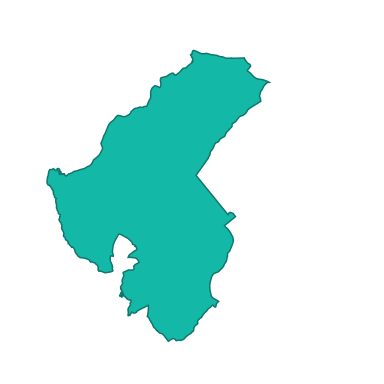 outline of Tuek Chhou, Kâmpôt, Cambodia, rotated 51°
{"feature_id": "14789045B84051189014149", "entity_name": "Tuek Chhou", "entity_type": "district", "adm_level": 2, "iso_a3": "KHM", "parent_name": "Cambodia", "parent_adm1": "Kâmpôt", "projection": "robinson", "projection_center": [104.095, 10.787], "detail": "fine", "context": "isolated", "style": "filled", "palette": "teal", "viewbox_px": 384, "rotation_deg": 51, "n_neighbors": 0, "source": "geoboundaries", "source_scale": "gbopen_adm2", "svg_char_len": 6006}
<svg xmlns="http://www.w3.org/2000/svg" viewBox="0 0 384 384"><g transform="rotate(51 192 192)"><path d="M155.4,63.0L154.0,63.5L150.0,65.8L147.9,67.5L146.5,69.0L144.2,70.6L141.5,71.4L135.7,71.9L132.9,72.8L132.4,72.5L132.1,71.6L131.3,67.6L130.6,67.0L129.3,66.7L126.5,67.7L122.5,67.5L120.6,67.0L119.4,68.8L113.3,76.7L113.0,76.7L109.6,81.2L106.2,83.2L104.2,85.2L101.6,86.6L96.8,91.1L93.4,93.4L92.2,95.6L90.8,97.3L89.1,98.4L84.8,100.4L83.0,101.6L82.8,102.7L83.7,104.1L84.9,105.5L84.3,106.4L84.4,106.7L85.6,107.0L86.4,106.9L86.9,107.4L88.1,107.3L89.9,108.2L90.3,109.0L91.2,109.1L91.3,109.5L90.9,110.3L91.5,110.5L91.4,116.0L91.8,118.4L90.2,121.3L91.1,126.3L91.0,130.4L90.5,131.7L89.4,132.0L88.1,131.7L87.5,132.1L87.0,133.1L86.3,136.1L86.1,139.0L83.8,144.1L84.1,145.1L85.5,146.5L88.4,148.1L89.3,148.9L90.3,150.4L90.5,151.3L90.1,151.7L87.7,152.7L86.5,153.6L86.0,154.2L86.1,157.4L86.7,158.9L87.9,160.9L91.6,163.8L92.9,165.2L94.1,168.2L96.8,172.9L96.9,173.5L95.9,174.6L95.3,175.6L95.3,177.1L93.5,178.7L93.0,179.6L92.2,181.9L91.1,183.8L91.0,185.6L91.2,188.7L91.9,190.0L92.3,191.7L91.5,196.1L90.4,197.8L86.1,201.0L85.7,202.0L85.7,203.2L86.7,207.3L86.8,212.4L87.4,214.6L92.0,223.0L92.8,225.2L95.3,229.0L96.9,232.2L100.8,233.5L101.6,233.9L102.3,234.6L104.7,240.1L105.1,243.2L105.1,248.2L106.9,252.0L107.2,254.6L106.4,257.9L106.1,260.7L104.0,265.4L103.3,267.8L101.7,270.9L101.5,273.6L100.3,276.7L100.5,278.3L100.2,279.8L99.3,280.2L98.2,279.9L97.4,280.6L97.2,280.1L96.5,281.1L96.5,281.8L96.2,282.1L95.4,281.7L95.3,282.2L95.8,282.5L95.3,283.7L94.8,283.9L94.2,283.8L94.5,283.1L93.8,281.2L93.3,281.1L92.6,281.5L92.4,282.4L92.5,282.9L92.2,283.0L91.8,282.8L91.9,281.9L91.5,280.8L90.0,280.8L89.2,281.7L89.1,282.3L89.4,282.7L89.7,282.5L89.9,283.0L89.6,283.9L89.8,284.4L87.7,284.7L86.6,285.2L86.5,285.7L86.8,286.0L86.6,286.5L85.1,288.4L85.7,290.0L87.3,292.0L88.2,292.8L89.6,295.0L92.3,297.8L94.1,299.1L95.6,299.4L96.6,299.0L97.2,298.4L97.6,298.7L98.7,298.5L101.4,299.0L101.9,299.0L102.1,298.8L102.6,299.1L103.1,298.9L103.4,299.2L104.6,299.5L104.8,299.6L104.8,299.9L105.5,300.2L105.6,300.5L106.2,300.8L109.0,301.5L109.6,302.1L111.0,301.9L111.6,301.5L112.0,302.4L113.1,303.5L115.3,304.8L115.8,304.7L116.5,305.4L117.8,306.0L118.4,306.9L119.3,307.5L120.9,307.8L121.7,308.4L122.5,308.1L124.3,309.2L125.7,309.2L127.0,308.7L127.7,309.5L127.8,310.2L128.2,310.4L129.4,311.9L129.6,312.8L132.1,313.3L133.5,313.1L134.9,313.9L135.4,313.7L136.8,314.8L137.7,315.9L138.5,316.1L138.9,316.6L139.6,316.3L141.0,316.9L142.2,317.0L143.5,317.7L145.2,319.5L146.0,319.7L147.3,319.3L149.5,320.3L149.6,320.0L150.7,319.8L152.2,319.6L152.9,319.9L153.1,319.7L154.2,320.7L154.9,320.2L156.1,320.5L157.8,320.2L159.3,320.4L159.5,320.2L159.5,319.4L160.8,319.2L162.8,319.5L164.0,320.1L166.0,320.7L167.4,320.8L168.3,320.6L169.3,321.0L170.6,320.8L172.5,320.3L175.5,317.4L178.1,315.6L180.6,314.5L181.4,314.9L182.8,314.8L182.9,314.1L183.3,313.6L185.1,312.8L185.8,312.1L187.4,312.1L189.3,311.6L190.8,311.9L191.7,312.4L193.4,314.0L194.0,314.1L194.4,313.8L194.8,314.2L196.5,312.4L200.1,310.4L201.6,307.8L203.1,305.0L203.5,303.6L203.4,303.0L201.4,302.2L200.4,301.1L198.1,299.9L194.7,299.0L193.1,298.2L190.6,295.9L190.4,295.5L192.4,293.6L192.2,293.3L188.2,291.4L183.9,286.9L181.8,283.5L178.6,275.6L179.4,274.5L180.5,273.9L188.0,270.9L192.9,270.2L193.9,270.4L195.0,271.1L195.7,270.9L197.3,269.8L197.8,269.8L198.3,270.5L199.2,269.7L200.0,270.3L201.5,270.5L202.1,271.3L201.7,273.5L201.4,279.6L201.7,281.1L202.7,282.8L204.2,280.8L207.7,277.4L209.0,276.9L210.7,276.9L213.0,277.2L213.4,277.8L212.6,281.9L213.0,284.1L214.3,284.6L215.3,285.4L215.3,286.6L215.1,287.6L212.7,290.3L211.2,296.0L211.5,296.4L214.2,297.7L216.6,301.9L217.6,302.7L219.3,303.4L219.8,304.1L220.8,307.2L222.6,308.5L223.2,308.5L223.2,308.1L224.5,308.7L225.9,308.9L227.8,309.6L230.4,310.2L231.5,309.8L234.7,309.7L237.2,308.2L237.5,307.6L238.6,307.9L239.3,309.2L239.5,310.2L240.8,310.7L242.6,315.3L243.0,315.4L243.6,316.2L244.5,316.3L244.5,316.6L245.7,317.4L247.6,319.4L248.0,319.4L248.1,319.1L247.6,318.1L247.8,317.8L248.2,317.9L248.3,318.2L248.8,318.0L247.4,314.6L247.8,314.5L248.0,314.0L249.3,313.7L250.3,312.2L250.5,310.8L250.0,310.3L250.5,306.5L252.6,297.3L254.7,298.8L259.2,303.2L260.6,305.1L261.8,304.8L263.4,304.8L264.7,305.4L266.7,305.4L267.3,305.8L269.7,305.8L270.5,306.3L273.3,306.9L274.8,306.5L276.2,306.5L277.4,306.8L277.9,306.2L278.5,306.0L278.9,306.3L281.3,305.9L282.7,304.8L283.8,304.3L285.6,304.1L293.1,304.3L293.4,301.2L294.0,299.0L294.4,298.5L295.2,298.0L296.2,297.8L297.4,297.9L297.8,297.6L298.5,295.9L299.2,295.0L300.4,294.1L301.1,291.6L301.2,290.4L300.7,288.0L300.8,283.8L301.2,281.6L300.7,279.3L301.0,279.0L300.8,278.3L300.5,277.6L299.3,276.7L298.6,275.6L297.8,273.5L298.1,271.0L297.6,270.0L296.2,269.5L295.3,267.4L295.4,266.4L295.2,265.5L295.5,263.7L294.2,260.3L293.9,258.4L293.7,255.2L293.0,253.6L293.1,250.5L292.8,247.7L293.0,247.0L295.2,246.8L296.1,246.4L296.1,245.6L294.3,243.6L294.0,242.4L293.8,240.1L287.7,242.4L285.7,242.6L284.2,242.1L279.1,239.5L276.0,237.2L274.4,235.7L270.5,230.5L269.3,227.7L269.2,226.2L270.6,221.7L270.0,215.9L269.4,213.9L268.3,212.0L267.5,209.2L266.6,207.7L265.1,206.3L264.5,205.1L261.8,202.7L261.8,200.9L261.5,199.7L258.4,194.1L255.9,190.4L252.6,188.7L247.8,187.7L244.6,187.4L241.5,187.7L240.8,188.0L238.6,188.0L238.5,173.7L234.4,173.6L231.8,175.2L231.6,176.1L231.7,177.1L232.3,178.3L181.6,178.4L175.9,157.9L175.5,157.7L174.5,154.9L172.9,153.1L172.4,152.3L171.1,147.8L169.4,144.8L168.8,143.1L169.6,139.7L168.8,137.7L168.5,136.4L169.3,131.5L167.4,128.1L166.4,120.1L166.0,119.4L164.7,118.3L164.3,117.5L164.8,114.0L163.4,108.1L163.5,106.7L164.5,104.2L164.6,101.2L164.5,99.9L163.3,97.1L163.2,94.5L164.8,81.5L163.3,80.5L159.7,79.0L157.0,75.1L156.6,73.2L155.0,69.8L154.5,67.5L154.2,64.8L155.4,63.0ZM229.1,311.1L228.2,310.5L226.5,310.0L225.5,309.9L225.3,310.1L226.6,312.3L226.7,313.2L227.5,313.6L228.1,313.3L227.6,311.7L228.0,311.3L228.0,311.6L228.7,312.0L228.7,312.3L229.5,312.6L229.5,311.8L229.1,311.1Z" fill="#14b8a6" stroke="#0f766e" stroke-width="1.5"/></g></svg>